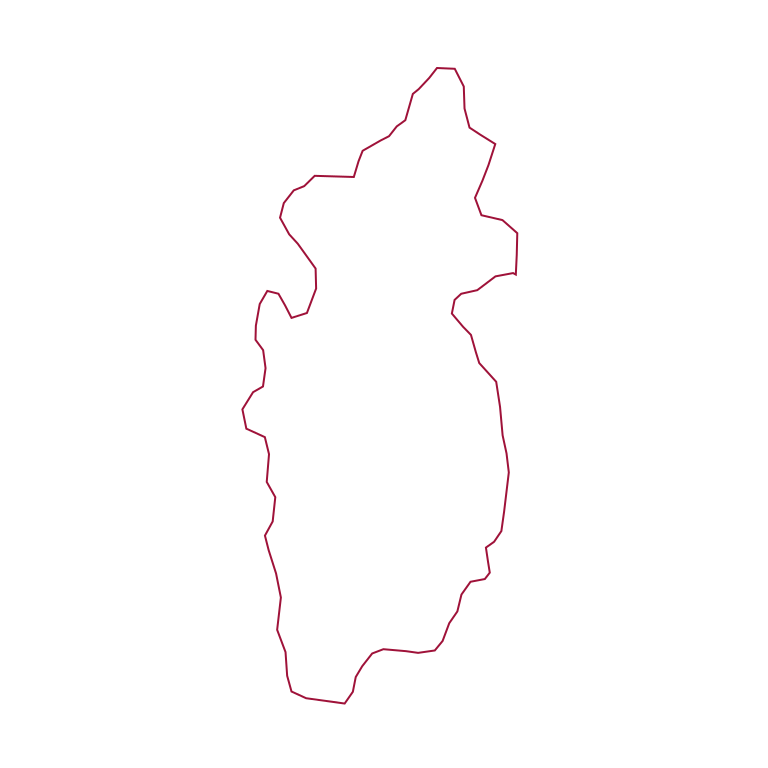 Hylte, Halland, Sweden, rotated 98°
{"feature_id": "70781695B16577787693192", "entity_name": "Hylte", "entity_type": "district", "adm_level": 2, "iso_a3": "SWE", "parent_name": "Sweden", "parent_adm1": "Halland", "projection": "robinson", "projection_center": [13.281, 56.995], "detail": "fine", "context": "isolated", "style": "outline", "palette": "rose", "viewbox_px": 768, "rotation_deg": 98, "n_neighbors": 0, "source": "geoboundaries", "source_scale": "gbopen_adm2", "svg_char_len": 1383}
<svg xmlns="http://www.w3.org/2000/svg" viewBox="0 0 768 768"><g transform="rotate(98 384 384)"><path d="M428.8,520.7L447.4,514.1L453.2,494.6L469.5,488.1L497.3,486.5L511.2,475.9L535.6,475.1L550.7,480.8L564.6,475.1L586.7,464.5L609.8,456.4L642.3,455.6L663.2,444.2L686.4,439.3L701.4,432.8L706.0,417.4L705.9,378.5L701.4,376.2L693.1,372.0L678.1,371.2L666.5,366.3L652.5,358.2L646.7,347.7L645.5,325.0L645.5,312.8L640.8,296.6L630.3,290.2L611.8,286.1L599.0,279.7L581.7,278.0L567.8,270.8L563.1,257.0L556.1,253.0L545.7,256.2L531.8,260.3L524.9,253.0L513.3,247.3L493.6,247.3L454.2,248.1L435.7,253.0L418.3,259.4L390.5,265.9L366.2,273.2L350.0,292.6L339.6,297.5L323.3,304.7L316.4,313.6L304.8,326.6L290.9,325.8L283.9,320.1L278.1,304.7L261.9,288.6L256.2,271.6L257.3,268.7L237.8,270.5L216.1,273.0L205.2,289.5L203.3,311.0L187.0,319.8L168.9,314.8L152.6,311.0L130.9,307.2L123.6,323.6L118.2,335.0L100.0,342.6L78.3,346.4L62.0,357.8L63.7,375.5L74.6,381.8L87.2,390.7L92.7,395.8L119.8,399.6L127.1,407.2L129.8,408.8L137.9,413.5L143.3,421.2L156.0,437.6L166.9,440.2L183.2,442.7L187.5,481.6L199.1,490.5L204.8,500.3L218.8,508.4L233.8,510.1L249.0,498.7L257.1,488.9L266.4,480.0L279.2,467.8L298.9,464.5L324.4,470.2L331.4,484.8L319.8,493.0L309.3,501.1L308.1,512.5L322.1,518.2L344.1,519.0L358.1,517.4L367.3,508.4L384.8,503.5L403.3,503.5L410.3,512.5L428.8,520.7Z" fill="none" stroke="#9f1239" stroke-width="2"/></g></svg>